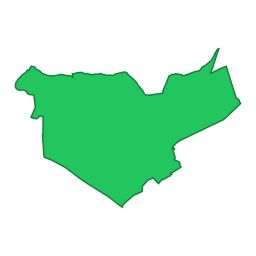 outline of Ziltlaltépec de Trinidad Sánchez Santos, Tlaxcala, Mexico
{"feature_id": "50627088B10378773175156", "entity_name": "Ziltlaltépec de Trinidad Sánchez Santos", "entity_type": "district", "adm_level": 2, "iso_a3": "MEX", "parent_name": "Mexico", "parent_adm1": "Tlaxcala", "projection": "robinson", "projection_center": [-97.922, 19.209], "detail": "fine", "context": "isolated", "style": "filled", "palette": "green", "viewbox_px": 256, "rotation_deg": 0, "n_neighbors": 0, "source": "geoboundaries", "source_scale": "gbopen_adm2", "svg_char_len": 5389}
<svg xmlns="http://www.w3.org/2000/svg" viewBox="0 0 256 256"><path d="M218.9,48.8L218.1,49.0L217.8,49.1L217.4,49.4L217.3,49.6L217.2,49.9L217.2,50.0L216.6,50.6L216.1,51.5L215.2,53.2L214.9,53.6L214.7,53.7L214.7,53.9L214.7,54.0L214.8,54.1L214.9,54.3L214.8,54.5L213.0,57.3L212.3,58.5L211.9,59.5L211.7,59.8L211.3,60.3L211.1,60.4L210.4,61.2L210.2,61.3L209.9,61.6L209.3,61.9L209.2,62.1L208.8,62.6L208.6,62.8L208.4,62.9L208.0,63.1L207.5,63.7L207.1,64.0L206.6,64.4L205.9,65.1L205.2,65.6L204.8,65.8L204.3,66.0L204.2,66.0L203.9,66.2L203.4,66.4L203.1,66.6L202.8,66.8L202.3,67.2L202.2,67.2L202.0,67.3L202.0,67.5L201.9,67.6L201.7,67.8L201.5,68.0L201.2,68.6L200.9,68.9L200.7,69.3L200.5,69.5L200.4,69.6L200.1,69.9L199.8,70.4L199.7,70.5L199.3,70.8L198.5,71.0L198.2,71.0L197.5,71.3L197.3,71.4L196.7,71.4L195.2,71.4L195.0,71.5L194.8,71.7L194.3,71.9L193.9,72.1L193.2,72.3L192.3,72.6L191.6,72.9L190.9,73.1L189.8,73.6L189.4,73.6L189.0,73.9L188.5,74.1L188.2,74.2L187.5,74.5L186.4,74.9L185.9,74.9L185.7,75.0L185.1,75.3L184.7,75.4L184.3,75.5L183.8,75.6L183.6,75.7L183.4,75.7L183.1,75.6L182.8,75.5L182.6,75.3L182.2,75.1L181.6,74.9L181.2,74.7L180.8,74.6L180.2,74.6L179.4,74.4L179.2,74.4L178.6,74.1L177.9,74.0L177.7,74.0L177.0,74.3L176.6,74.4L176.4,74.4L176.2,74.3L176.2,74.2L176.0,73.8L175.9,73.7L175.7,73.7L175.2,74.0L174.8,74.1L174.6,74.1L174.0,74.5L173.7,74.6L172.9,74.6L172.5,74.4L172.0,74.3L171.9,74.3L171.7,74.4L171.6,74.5L171.4,74.8L171.2,75.0L169.6,75.9L169.3,76.2L169.0,76.5L168.9,76.4L168.7,76.8L168.0,78.6L167.6,79.4L167.1,81.0L166.8,81.7L165.7,84.2L165.3,85.4L164.7,86.6L163.5,89.2L163.4,89.4L162.6,93.3L162.2,93.3L161.5,93.4L154.3,94.4L150.6,94.9L148.0,95.4L147.8,95.2L147.0,95.1L145.1,94.8L144.4,94.0L143.3,91.7L142.6,90.5L139.9,87.4L139.7,87.0L138.1,85.3L137.3,83.6L135.8,81.7L134.2,79.9L128.6,75.2L127.0,72.9L125.2,72.1L124.1,72.1L123.7,72.1L123.1,72.2L121.6,72.7L120.7,73.0L120.4,73.0L119.7,72.9L119.1,73.1L117.9,73.5L116.7,73.7L116.2,73.7L114.7,74.5L113.2,75.3L112.9,75.5L110.3,75.1L109.3,75.2L108.2,75.3L107.4,75.3L107.0,75.3L106.2,75.2L103.4,74.5L101.7,74.3L101.6,74.1L101.4,73.8L101.0,73.5L100.8,73.6L100.5,73.6L100.4,73.6L100.1,73.8L97.7,74.1L96.9,74.2L96.0,74.2L95.0,74.2L94.5,74.2L94.3,74.2L94.1,74.4L93.8,74.6L93.4,74.7L92.3,74.7L91.8,74.6L89.9,74.4L89.6,74.3L88.6,74.0L88.0,73.8L87.5,73.7L86.1,73.5L84.6,73.6L84.1,73.5L83.4,73.2L82.4,72.7L81.9,72.5L81.2,72.4L80.8,72.4L78.5,72.6L78.1,72.6L77.6,72.6L75.2,73.4L74.1,73.7L73.5,73.8L73.0,73.8L72.4,73.7L72.7,77.0L72.4,76.7L72.1,76.6L70.8,76.0L70.4,75.9L69.5,75.7L67.6,75.7L67.3,75.6L66.3,75.5L61.0,74.4L59.7,74.6L58.8,75.0L58.2,75.1L57.2,75.2L56.7,75.3L56.1,75.5L55.3,75.6L54.8,75.7L51.3,75.9L50.5,75.8L49.5,75.6L48.7,75.5L47.1,75.3L45.3,74.6L44.6,74.4L44.1,74.2L43.2,73.8L42.1,73.2L41.6,72.8L40.9,72.4L40.7,71.6L40.0,71.2L39.4,70.9L39.1,70.6L38.7,70.3L38.2,70.1L37.7,70.0L36.1,69.2L35.3,68.1L35.0,67.3L34.9,67.2L34.2,66.9L33.6,66.7L32.9,66.5L32.5,66.4L32.0,66.4L31.6,66.2L31.1,66.7L30.9,66.9L30.4,67.4L30.2,67.6L30.1,68.0L30.0,68.3L29.9,68.6L29.6,69.0L29.1,69.4L28.9,69.7L28.8,69.9L28.5,70.1L28.2,70.1L27.3,70.3L27.0,70.5L26.7,70.9L26.7,71.3L26.7,71.5L25.3,72.8L24.8,73.2L24.2,73.5L23.9,73.7L23.6,73.9L22.7,74.5L21.6,75.6L21.4,75.8L21.1,76.1L20.7,76.4L20.5,76.7L19.8,77.6L19.4,78.0L18.5,78.7L18.3,78.9L17.9,79.4L17.0,81.2L16.5,81.7L16.4,81.8L16.1,82.2L16.0,82.6L16.0,83.1L15.9,83.5L15.6,83.9L15.5,84.5L15.4,86.0L15.4,87.2L15.7,87.8L16.2,88.4L16.7,88.9L18.0,89.8L19.1,90.1L19.7,90.2L20.3,90.2L21.0,90.1L21.9,90.0L22.9,90.0L23.6,90.1L24.8,90.4L25.3,90.7L26.0,91.3L26.4,91.9L27.4,93.1L27.9,93.7L28.2,94.1L28.7,94.4L32.6,94.9L33.9,95.0L35.4,107.4L31.1,117.1L31.3,117.1L31.4,117.3L31.8,117.7L32.1,117.8L32.9,117.9L33.3,117.9L33.4,118.4L33.8,118.4L34.3,118.4L35.2,118.5L35.9,118.7L36.5,118.8L37.5,118.3L38.2,117.7L38.5,117.4L38.5,117.1L38.6,116.8L39.0,116.6L39.4,116.3L39.6,116.0L39.9,115.8L40.3,115.8L40.8,115.9L41.2,116.2L41.9,116.5L42.6,116.5L43.1,116.6L43.0,134.8L42.5,134.7L42.8,140.1L43.2,144.7L43.4,148.1L43.6,152.4L43.7,152.9L43.9,154.8L44.3,157.2L51.2,159.9L63.1,166.2L65.9,167.9L67.9,169.3L69.5,170.6L70.9,171.5L74.4,174.4L76.2,175.6L77.3,176.6L81.5,179.5L83.0,180.6L88.2,184.1L91.8,186.3L97.8,190.1L104.2,194.1L107.8,196.2L116.6,203.1L122.2,207.2L122.9,205.3L124.3,203.6L126.0,201.9L127.3,200.7L129.4,199.0L131.7,196.8L134.0,195.2L142.3,191.4L142.4,186.2L148.0,180.1L153.1,177.9L158.4,183.6L159.5,182.3L161.6,180.1L162.7,179.2L163.2,179.6L165.7,178.1L167.2,177.2L168.6,176.5L169.1,176.3L169.7,176.2L170.4,175.5L171.0,174.7L171.5,174.4L171.2,174.2L170.9,174.0L170.6,173.6L174.1,171.5L181.0,167.1L179.9,164.8L179.7,163.7L179.6,162.4L177.7,161.3L174.3,159.7L175.2,157.7L173.9,153.4L173.9,152.9L173.6,152.2L173.3,151.4L173.1,150.9L173.2,150.3L173.3,150.0L173.6,149.8L174.1,149.6L174.5,148.8L173.9,148.3L173.5,148.2L172.9,148.2L172.2,148.4L173.1,147.0L174.6,144.8L175.8,143.5L177.5,142.1L179.9,140.6L185.6,137.8L203.3,129.3L209.6,126.2L215.9,123.2L221.7,120.5L223.6,119.6L235.7,108.3L240.6,103.5L239.5,101.4L238.7,99.5L236.2,98.0L230.7,80.8L226.3,66.4L226.2,66.2L220.6,68.6L219.3,69.2L218.9,69.5L218.1,69.6L218.0,70.0L217.9,70.1L217.7,70.1L216.5,70.6L215.8,70.9L215.4,71.1L215.0,71.1L213.7,72.0L213.4,72.0L212.8,72.5L212.4,72.5L212.0,72.7L211.6,73.0L211.3,73.1L210.9,73.4L210.7,73.3L210.7,72.9L211.8,69.7L212.2,68.6L213.1,66.2L214.0,63.1L214.6,61.5L215.2,59.4L218.8,49.0L218.9,48.8Z" fill="#22c55e" stroke="#15803d" stroke-width="1.5"/></svg>